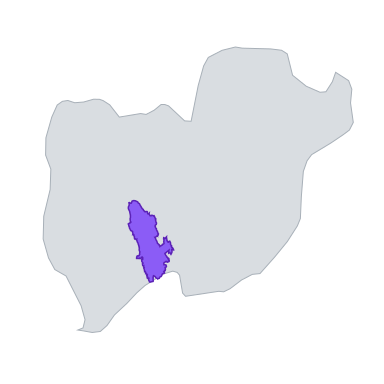 location of Gicumbi, Northern, Rwanda, rotated 187°
{"feature_id": "39286606B99169436422336", "entity_name": "Gicumbi", "entity_type": "district", "adm_level": 2, "iso_a3": "RWA", "parent_name": "Rwanda", "parent_adm1": "Northern", "projection": "natural_earth1", "projection_center": [30.098, -1.619], "detail": "fine", "context": "in_parent", "style": "filled", "palette": "violet", "viewbox_px": 384, "rotation_deg": 187, "n_neighbors": 0, "source": "geoboundaries", "source_scale": "gbopen_adm2", "svg_char_len": 6834}
<svg xmlns="http://www.w3.org/2000/svg" viewBox="0 0 384 384"><g transform="rotate(187 192 192)"><path d="M148.4,96.8L153.3,96.7L185.7,87.7L189.0,90.5L194.2,107.9L196.9,110.4L201.4,111.1L210.5,107.1L227.2,93.5L234.5,85.2L243.0,73.6L254.0,60.5L260.1,49.1L266.0,42.4L273.9,40.4L282.5,40.9L288.5,41.1L283.6,43.8L282.6,52.2L288.2,65.6L306.8,93.3L318.7,98.3L326.4,109.1L334.0,127.2L336.2,149.9L333.1,177.2L334.9,197.5L341.8,210.8L343.6,228.0L340.3,249.3L336.4,261.9L331.7,266.2L326.4,267.7L319.3,266.3L310.5,268.1L301.0,272.1L295.1,272.7L291.4,271.9L284.3,268.5L273.3,257.5L252.6,263.6L247.0,263.4L239.5,268.6L233.3,275.1L229.6,275.5L225.7,274.6L208.0,261.7L201.5,262.1L198.8,298.5L195.8,318.6L192.2,327.6L179.4,336.3L166.6,341.2L159.6,340.9L131.4,343.6L120.4,343.6L114.3,340.7L106.4,320.1L91.5,310.9L77.1,306.6L71.3,307.8L66.1,318.6L64.0,328.3L50.1,321.6L45.9,313.5L45.5,299.7L40.4,280.7L43.3,272.7L48.7,267.5L60.2,257.5L77.8,243.7L81.6,237.0L84.0,226.0L82.9,200.5L81.2,178.9L83.3,171.2L91.3,154.5L102.1,137.4L114.6,119.3L122.1,117.6L132.1,110.7L142.5,100.6L148.4,96.8Z" fill="#d9dde1" stroke="#a8b0b8" stroke-width="1"/><path d="M249.2,176.3L250.4,175.6L250.8,173.7L251.0,173.4L251.6,173.3L252.7,173.9L253.1,173.8L253.3,173.7L253.1,173.0L252.7,171.4L253.3,169.6L253.3,168.8L253.1,167.6L251.5,165.1L251.3,164.4L250.8,163.0L250.8,162.7L250.4,162.0L250.2,161.2L250.3,160.9L250.1,160.2L250.1,160.3L250.0,158.9L250.1,158.6L250.2,157.6L249.9,156.9L249.8,155.8L249.6,155.4L249.4,155.2L249.0,154.8L249.0,154.5L249.2,154.2L249.9,153.6L250.0,153.7L250.2,153.4L250.7,153.2L251.4,152.5L251.0,151.9L250.6,150.9L250.5,150.4L249.8,149.6L249.8,148.8L249.2,147.9L248.9,147.6L248.3,146.5L247.8,146.1L247.4,146.2L246.9,145.8L246.6,145.8L246.3,145.6L246.1,145.4L246.0,144.4L245.6,143.6L245.5,143.0L245.6,142.5L245.0,142.7L244.5,142.4L244.6,142.0L244.4,141.8L244.4,141.4L243.9,141.0L243.6,140.3L243.7,139.9L243.6,139.4L243.2,138.4L242.9,138.3L242.2,138.6L242.0,138.3L241.7,138.2L241.6,137.9L241.4,137.8L241.1,138.1L241.1,137.6L240.5,136.6L240.4,135.9L240.0,135.6L239.4,134.7L239.1,134.0L239.0,133.6L238.4,132.7L238.4,132.2L238.1,131.9L238.0,131.4L237.6,130.9L237.6,130.6L237.7,130.3L237.5,130.1L237.4,129.6L237.5,129.0L237.4,128.7L237.4,128.3L237.1,127.2L236.6,126.6L236.5,126.0L236.5,125.6L236.5,124.2L236.3,123.7L236.6,123.2L236.6,122.8L236.8,122.6L237.0,122.2L237.3,122.3L237.6,122.0L238.0,122.1L238.7,121.7L238.7,121.3L238.8,121.1L239.0,120.8L238.9,120.1L239.0,119.7L238.9,119.3L238.4,119.4L238.4,119.5L238.1,119.4L237.9,119.4L237.7,119.4L237.6,119.5L236.9,119.5L235.9,119.6L235.9,119.8L235.4,119.6L234.7,120.0L234.5,120.5L234.2,120.8L234.2,121.0L233.8,121.1L233.6,121.4L233.3,121.3L233.1,120.9L232.8,120.6L232.9,120.2L232.8,119.9L232.9,119.5L232.7,119.2L232.8,119.0L233.4,118.9L233.8,119.0L233.8,118.7L233.3,116.8L232.3,115.9L232.0,115.4L232.1,115.1L232.5,114.7L232.2,114.0L232.2,113.9L232.0,113.1L231.5,112.8L231.3,112.5L231.1,112.5L230.9,112.7L230.7,111.5L230.8,111.4L230.5,110.9L230.3,110.9L230.5,110.3L230.0,109.6L229.9,109.2L229.7,108.4L229.5,108.2L229.3,107.9L229.2,107.7L229.3,107.3L229.0,107.3L229.0,107.2L228.6,107.0L228.5,106.5L228.2,106.5L228.2,106.4L227.9,105.9L228.0,105.3L227.5,105.3L226.9,105.0L227.1,104.7L226.7,103.4L226.6,103.2L226.3,103.5L226.3,103.2L226.0,102.9L225.8,102.4L225.9,101.8L226.1,101.5L226.0,101.2L225.7,101.0L225.3,101.2L224.4,101.3L224.3,101.0L224.5,100.7L224.4,100.6L224.5,100.2L224.4,99.6L224.1,99.0L223.8,98.7L223.3,97.7L223.2,97.5L222.6,97.5L219.7,98.5L219.8,99.1L219.7,99.6L220.1,101.1L220.0,101.9L220.3,102.6L220.1,103.3L220.1,104.1L219.9,104.3L219.6,104.2L218.9,103.8L218.3,103.6L217.8,103.1L217.5,102.5L216.7,102.2L215.8,101.9L215.6,101.5L213.9,102.4L213.7,103.2L213.3,103.9L213.0,104.1L212.4,104.3L211.9,105.2L211.5,107.0L210.5,107.7L210.0,107.7L209.4,108.3L209.9,109.2L209.8,109.5L210.2,109.7L209.8,110.2L209.5,110.3L209.6,110.7L209.2,110.8L209.0,111.0L209.1,111.9L208.9,112.2L209.4,113.4L209.5,113.9L208.9,114.2L208.7,114.3L208.4,114.5L208.3,114.8L208.3,115.1L208.5,115.6L208.7,115.9L208.9,116.2L209.0,116.2L209.1,116.5L209.7,116.4L210.1,116.5L211.0,116.4L211.3,117.9L211.0,118.6L210.4,118.9L210.0,119.4L209.4,120.0L208.8,120.0L208.5,119.5L208.2,119.4L207.4,119.4L207.0,120.4L207.0,120.7L206.5,121.0L206.2,120.8L206.2,121.1L206.6,122.0L206.7,122.4L206.9,122.7L206.9,123.2L207.4,123.4L207.5,122.6L207.8,122.8L207.8,123.4L208.1,123.9L208.5,124.2L208.9,124.2L209.3,125.1L209.6,125.2L209.9,125.6L210.4,126.1L211.1,127.1L211.6,128.3L211.4,128.1L211.2,128.2L210.6,128.3L209.9,129.3L207.8,131.4L207.9,130.2L207.7,128.4L206.6,129.2L205.3,127.6L204.9,128.6L204.6,129.6L204.6,130.6L204.9,131.6L205.2,132.2L205.1,132.5L204.7,132.8L204.3,132.6L204.1,132.5L204.3,133.2L203.5,132.9L203.6,133.1L204.6,134.4L205.1,134.7L205.4,134.6L205.6,134.9L205.7,135.3L205.9,135.6L205.7,135.8L205.7,136.2L206.3,136.6L206.5,136.9L206.9,137.2L207.1,138.4L207.0,138.7L207.7,139.9L208.1,140.5L208.5,140.4L208.8,140.2L209.1,139.7L209.3,139.3L210.0,139.5L210.2,139.9L210.4,140.0L210.6,140.5L211.0,140.8L211.2,142.1L211.5,142.6L211.5,143.0L211.7,143.6L211.9,143.9L211.9,144.3L212.3,143.8L213.0,142.6L213.5,142.9L213.8,142.9L214.1,143.1L214.5,143.2L214.5,142.3L214.3,142.1L214.4,141.8L213.9,141.1L214.0,140.0L213.9,139.7L214.0,139.4L214.0,139.1L213.6,138.0L213.5,137.6L213.8,137.0L214.9,136.5L214.9,136.0L215.3,135.5L215.7,135.4L216.1,135.1L216.1,134.9L216.8,134.6L217.2,134.0L217.8,135.2L218.1,135.3L218.1,135.6L218.4,135.7L218.5,135.9L219.0,136.2L219.3,136.5L220.0,136.8L220.3,137.7L221.3,139.5L221.9,140.1L222.6,141.6L223.4,142.5L222.7,142.7L222.1,143.3L221.7,143.8L221.4,144.0L221.0,143.9L221.1,144.1L221.2,144.3L220.7,144.9L220.3,145.1L220.2,145.7L220.6,146.1L220.4,146.5L220.7,146.6L220.7,146.8L221.0,147.6L221.4,148.3L221.5,148.8L221.9,149.0L222.1,149.4L222.4,149.7L222.5,150.0L222.8,150.5L222.9,151.3L223.1,151.3L223.3,151.6L223.7,151.9L223.9,152.4L224.1,152.6L224.1,153.0L224.2,153.5L224.5,153.6L224.5,154.0L224.4,154.4L224.2,154.6L224.2,154.9L224.0,155.1L223.8,155.2L223.5,155.5L223.5,156.2L223.4,156.6L223.4,156.9L223.7,157.3L223.9,157.4L224.0,157.6L224.2,158.0L224.3,158.6L224.5,159.0L224.6,159.6L224.9,159.9L224.8,160.3L224.6,160.6L224.6,160.8L224.7,161.0L225.0,161.0L225.2,161.5L225.6,161.8L225.7,162.1L226.0,162.6L226.0,162.8L226.4,163.1L226.6,163.1L226.8,163.3L226.8,163.7L227.0,163.6L227.2,163.8L227.8,163.8L229.0,164.1L229.4,163.6L229.7,163.4L230.3,163.4L230.7,163.6L230.9,163.5L231.5,164.5L231.9,164.9L231.9,165.6L232.1,165.3L232.7,164.9L233.3,165.0L233.9,166.9L234.1,167.1L234.7,167.0L235.2,167.1L235.5,167.0L236.1,166.6L236.6,166.8L237.0,167.1L237.3,167.6L237.9,167.9L238.1,168.5L238.3,168.8L239.3,169.3L240.2,170.5L240.5,170.7L240.8,171.4L241.5,172.1L242.2,173.1L242.5,173.7L242.9,174.1L244.0,174.5L244.6,175.5L245.0,175.7L247.3,176.4L248.2,176.4L249.2,176.3Z" fill="#8b5cf6" stroke="#5b21b6" stroke-width="1.5"/></g></svg>